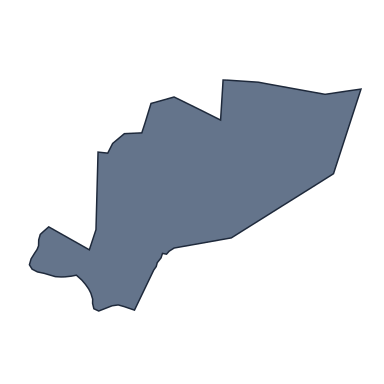 Bodó, Rio Grande do Norte, Brazil, rotated 192°
{"feature_id": "56859067B28283523222069", "entity_name": "Bodó", "entity_type": "district", "adm_level": 2, "iso_a3": "BRA", "parent_name": "Brazil", "parent_adm1": "Rio Grande do Norte", "projection": "mercator", "projection_center": [-36.402, -5.954], "detail": "fine", "context": "isolated", "style": "filled", "palette": "slate", "viewbox_px": 384, "rotation_deg": 192, "n_neighbors": 0, "source": "geoboundaries", "source_scale": "gbopen_adm2", "svg_char_len": 923}
<svg xmlns="http://www.w3.org/2000/svg" viewBox="0 0 384 384"><g transform="rotate(192 192 192)"><path d="M332.0,113.3L330.9,107.4L331.6,103.5L333.2,99.5L335.5,93.1L335.9,87.0L332.4,83.3L326.6,81.7L319.7,81.7L308.1,80.8L302.3,81.7L298.6,82.6L292.8,84.5L287.8,86.6L281.4,82.9L277.0,79.5L272.8,75.6L269.9,72.0L266.9,66.6L266.1,62.4L263.7,57.4L258.5,56.2L246.5,64.1L240.7,66.2L234.5,65.8L223.7,64.5L213.2,107.7L211.5,111.6L211.3,115.6L208.6,121.1L208.1,125.8L204.0,125.9L202.0,129.4L197.8,133.5L144.0,155.3L100.7,197.3L72.9,224.2L57.4,239.3L48.1,327.8L62.6,322.5L82.1,315.2L118.0,314.1L141.4,313.4L149.9,313.2L179.8,308.9L184.9,308.0L184.0,302.2L179.0,268.3L205.9,275.3L229.3,281.2L250.5,270.1L252.3,249.7L252.7,245.8L253.4,239.4L270.3,235.0L274.7,229.4L279.7,223.0L282.5,212.5L292.2,211.5L278.1,135.2L280.4,114.1L324.9,128.1L329.1,122.5L331.6,119.0L332.0,113.3Z" fill="#64748b" stroke="#1e293b" stroke-width="1.5"/></g></svg>